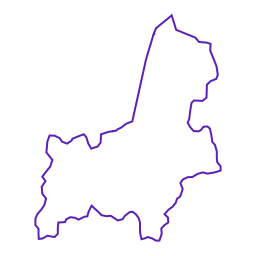 Jönköping, Jönköping, Sweden
{"feature_id": "70781695B94890902843100", "entity_name": "Jönköping", "entity_type": "district", "adm_level": 2, "iso_a3": "SWE", "parent_name": "Sweden", "parent_adm1": "Jönköping", "projection": "mercator", "projection_center": [14.228, 57.89], "detail": "fine", "context": "isolated", "style": "outline", "palette": "violet", "viewbox_px": 256, "rotation_deg": 0, "n_neighbors": 0, "source": "geoboundaries", "source_scale": "gbopen_adm2", "svg_char_len": 1852}
<svg xmlns="http://www.w3.org/2000/svg" viewBox="0 0 256 256"><path d="M65.0,222.1L66.3,219.2L70.4,217.2L75.0,217.8L78.5,219.6L84.7,216.6L87.3,216.4L88.6,211.6L91.6,205.7L94.6,208.5L98.2,211.8L101.5,215.2L106.3,216.2L110.8,215.8L115.0,218.6L117.8,220.4L122.7,219.2L124.7,216.0L129.5,212.2L132.6,211.8L135.8,214.2L138.6,218.0L140.0,222.5L140.0,229.1L140.2,233.6L141.5,239.2L145.3,238.2L147.7,237.0L152.6,238.6L155.8,240.6L158.3,240.6L159.4,240.6L161.7,233.8L161.3,228.5L164.7,224.9L168.3,222.5L167.9,217.4L164.5,214.2L168.5,209.7L172.6,206.7L175.8,202.7L177.0,198.8L180.0,196.6L181.0,194.4L182.7,188.9L180.4,183.1L182.9,179.4L187.7,177.2L192.4,177.0L197.4,174.0L202.7,172.4L207.5,173.6L213.8,172.6L220.6,170.6L220.6,166.9L220.6,166.3L217.2,162.1L216.8,157.6L216.8,151.4L215.0,144.9L212.3,141.9L211.3,134.8L209.9,128.6L207.5,126.5L203.5,126.7L200.8,130.2L198.2,131.4L193.6,131.0L190.3,127.3L187.7,122.7L189.3,118.7L190.1,111.6L191.5,102.9L194.0,100.5L198.8,100.7L202.4,100.9L206.5,97.7L206.7,91.6L206.9,84.7L210.7,81.1L216.2,78.9L217.8,74.8L216.5,66.3L214.3,60.6L212.7,56.8L210.2,50.5L210.6,43.9L206.7,42.6L199.1,42.0L195.3,37.6L190.7,35.7L176.2,29.9L171.7,15.4L171.6,15.5L156.5,27.8L156.2,27.9L153.4,34.7L153.5,34.7L153.4,34.8L146.0,59.5L132.3,121.4L126.4,123.6L121.0,127.7L117.8,129.2L115.9,130.8L112.9,131.0L112.9,131.3L108.5,131.8L101.1,134.3L100.6,142.6L97.6,146.6L91.2,148.6L88.3,143.6L86.3,137.2L83.8,134.3L79.9,135.7L72.5,138.7L71.5,140.7L67.1,143.6L62.1,141.7L59.7,138.2L54.7,135.7L49.6,135.5L47.4,141.4L46.4,152.4L52.4,160.0L50.2,166.6L45.8,172.0L42.3,176.7L45.5,181.1L41.7,186.8L42.3,193.7L44.1,196.0L46.1,198.5L44.2,205.4L41.1,209.8L37.3,214.2L35.4,218.7L35.4,225.0L38.5,228.8L38.5,234.1L38.8,238.9L42.6,238.5L47.4,235.7L50.2,236.3L54.6,237.0L57.8,233.8L57.8,228.1L58.4,222.5L65.0,222.1Z" fill="none" stroke="#5b21b6" stroke-width="2"/></svg>